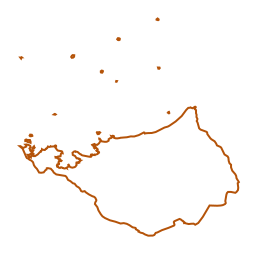 outline of Kota Padang, Sumatera Barat, Indonesia, rotated 88°
{"feature_id": "22746128B51925287869213", "entity_name": "Kota Padang", "entity_type": "district", "adm_level": 2, "iso_a3": "IDN", "parent_name": "Indonesia", "parent_adm1": "Sumatera Barat", "projection": "robinson", "projection_center": [100.373, -0.936], "detail": "fine", "context": "isolated", "style": "outline", "palette": "amber", "viewbox_px": 256, "rotation_deg": 88, "n_neighbors": 0, "source": "geoboundaries", "source_scale": "gbopen_adm2", "svg_char_len": 6024}
<svg xmlns="http://www.w3.org/2000/svg" viewBox="0 0 256 256"><g transform="rotate(88 128 128)"><path d="M185.9,19.1L182.0,21.3L179.6,21.6L177.9,22.4L174.3,25.3L170.9,26.4L168.3,26.3L166.8,27.8L164.4,28.5L161.3,28.7L159.9,29.4L157.8,32.5L150.8,35.6L150.0,36.6L148.5,39.7L146.5,40.5L144.3,41.9L142.2,45.0L141.2,46.0L136.9,48.9L135.1,49.1L134.4,50.0L132.1,55.6L130.8,56.9L125.0,58.3L123.4,59.1L122.3,58.5L121.3,58.3L119.4,59.2L117.2,59.0L115.7,59.5L112.7,59.4L112.2,59.6L111.5,60.6L110.7,60.5L109.8,59.6L109.4,59.6L109.1,60.0L109.2,60.7L110.1,61.8L110.5,63.0L109.6,64.9L109.9,65.2L110.0,67.1L112.0,69.2L117.9,73.9L123.1,80.1L127.1,86.4L128.0,88.2L128.8,91.5L133.0,100.5L133.8,104.4L133.8,109.3L134.1,111.4L133.2,111.7L133.0,112.3L135.5,117.5L136.7,122.1L136.5,125.6L137.2,129.4L137.5,135.9L137.7,136.4L138.0,139.1L137.9,140.6L137.4,142.2L137.0,142.6L136.5,142.2L135.5,142.5L135.2,143.5L135.7,144.4L135.5,145.0L136.7,144.5L137.0,144.6L137.5,145.3L137.6,146.3L138.5,147.7L140.0,147.8L140.7,149.0L141.0,149.9L141.0,151.6L140.4,154.9L139.9,155.8L142.4,157.6L143.8,159.4L143.4,161.4L142.8,162.1L143.6,164.4L144.1,164.1L145.2,162.6L145.1,162.2L145.3,162.4L145.6,162.1L145.7,162.3L146.2,161.9L146.7,162.6L147.3,162.0L146.3,160.7L147.8,159.7L147.8,159.3L148.5,159.0L149.3,159.3L149.6,160.3L149.8,160.2L149.6,159.2L150.2,159.1L150.5,160.0L150.3,159.1L150.7,159.0L150.7,158.4L151.4,158.3L151.4,157.8L151.6,157.8L153.0,159.5L153.5,161.6L153.8,161.9L153.6,162.2L153.9,162.3L153.8,163.7L153.3,164.1L153.1,164.7L153.3,165.9L153.9,166.1L154.6,165.3L155.4,165.9L155.5,166.8L155.1,168.8L153.8,174.4L153.4,175.4L152.9,175.7L152.1,177.2L150.2,179.2L149.8,180.6L150.0,181.2L149.4,181.6L149.6,182.7L150.8,184.3L153.0,184.1L154.1,181.9L156.5,180.4L156.4,179.4L156.8,178.3L157.3,178.5L156.9,178.2L157.2,177.5L157.4,177.7L157.5,177.3L158.0,176.9L158.8,177.1L158.9,176.5L159.7,177.8L160.1,177.5L160.6,177.9L160.8,179.2L161.2,178.7L161.3,179.0L160.5,179.9L160.7,180.7L162.3,180.9L163.1,180.6L164.8,181.9L165.3,182.9L165.7,185.0L165.1,187.0L163.9,188.2L163.4,188.1L162.6,188.6L162.8,189.0L164.0,188.8L164.3,188.5L165.6,190.9L165.9,190.8L165.7,191.1L166.2,192.3L166.2,193.3L165.8,193.8L165.7,194.9L165.2,195.3L164.9,196.3L165.5,197.1L165.4,198.3L164.8,198.8L164.5,199.6L164.2,199.5L164.0,200.2L162.8,200.4L162.0,199.9L162.3,199.4L161.7,198.2L160.9,198.1L160.3,198.7L158.8,198.3L158.5,198.0L158.8,196.0L158.4,195.6L157.8,196.4L156.7,197.1L156.6,198.4L155.0,200.7L155.1,201.4L154.4,201.5L154.6,200.3L154.1,199.1L154.3,198.3L154.2,197.7L153.9,197.7L153.8,196.4L151.6,196.0L151.0,195.6L150.8,195.3L151.0,194.2L149.3,194.6L148.9,195.1L148.1,198.9L147.2,199.8L144.8,201.4L143.9,201.0L143.9,200.5L143.2,200.5L142.9,201.0L143.1,201.7L143.8,202.6L143.9,205.5L143.5,206.0L144.1,206.6L144.2,207.4L143.7,208.7L145.2,209.4L145.3,209.9L146.0,210.3L145.9,210.9L147.0,211.7L147.1,212.2L146.7,214.0L146.2,214.7L147.0,214.8L147.9,215.4L147.9,215.9L148.8,216.0L149.0,216.9L151.3,219.2L152.9,222.0L152.6,223.1L152.8,223.7L152.4,224.3L152.4,225.2L152.8,225.9L154.1,226.1L153.8,226.6L154.0,227.3L153.9,227.4L153.8,227.2L153.5,227.7L153.0,227.8L152.5,228.6L152.2,228.2L151.4,228.8L151.5,228.0L151.0,227.4L150.6,225.9L150.2,225.9L149.6,225.1L147.7,223.8L147.7,224.6L147.1,225.5L147.7,226.0L147.3,226.4L147.0,226.1L145.0,227.2L143.8,226.0L142.4,226.4L141.3,228.3L141.3,229.4L140.9,230.0L141.0,231.2L142.0,230.3L143.0,230.3L144.1,233.1L144.0,233.9L142.4,236.1L142.4,236.9L145.0,234.0L153.7,230.6L154.6,230.0L154.9,229.1L156.3,227.5L157.2,225.7L158.9,224.1L161.9,223.3L163.7,222.2L165.7,220.4L169.4,218.4L169.7,216.3L169.4,213.8L167.2,211.9L166.7,210.9L165.4,210.6L165.3,209.6L166.0,206.6L168.5,204.5L169.9,203.8L171.9,201.3L173.7,192.4L174.3,191.6L175.3,190.9L177.7,189.8L179.2,187.3L181.3,185.0L181.8,183.3L184.4,181.4L185.7,179.3L186.9,178.2L189.4,177.0L190.0,175.7L189.6,173.5L190.9,172.3L193.0,169.4L195.0,165.9L195.4,164.6L196.5,163.2L198.7,162.2L199.5,162.2L201.2,163.3L202.8,163.7L206.0,161.4L209.3,160.4L213.2,158.2L215.4,156.6L217.2,154.1L219.6,149.3L221.2,143.9L223.2,138.8L222.9,135.6L223.7,132.6L225.2,129.9L227.4,126.9L228.1,124.0L228.9,123.6L229.5,123.7L231.1,120.9L231.9,121.2L233.1,118.9L233.6,116.9L235.0,114.7L236.3,111.6L236.4,107.0L235.8,105.4L233.8,104.0L233.4,102.3L231.3,97.7L229.2,91.0L227.1,85.4L226.4,84.9L223.6,85.5L222.8,84.9L220.7,79.7L221.2,78.5L224.0,75.3L226.0,75.2L223.9,75.2L225.3,73.7L226.1,70.7L225.9,67.9L225.9,65.7L227.0,64.2L225.4,61.1L219.4,56.3L208.3,49.2L208.8,41.5L208.7,38.1L208.4,36.0L207.4,33.7L206.4,32.9L204.4,33.3L198.1,32.0L196.5,31.4L195.4,30.3L195.5,27.3L196.5,23.0L195.8,21.9L193.9,20.3L191.6,19.9L187.0,20.3L185.9,19.1ZM139.4,225.9L138.5,225.8L136.6,226.4L136.4,229.2L135.9,230.2L136.4,231.1L137.5,231.1L137.5,230.1L138.7,228.4L138.6,227.6L139.4,225.9ZM55.0,182.3L55.9,181.7L55.7,180.3L54.9,179.4L53.4,179.2L53.2,180.7L53.8,181.6L55.0,182.3ZM131.8,156.6L131.5,156.1L131.1,156.5L131.3,158.7L131.1,159.1L131.3,159.3L132.7,158.8L133.1,158.4L133.0,157.3L132.3,156.6L131.8,156.6ZM38.4,133.1L37.9,134.0L37.9,135.0L38.9,135.7L39.7,135.0L39.9,134.0L39.5,133.2L38.4,133.1ZM132.2,226.6L132.8,226.1L132.9,225.3L132.6,223.9L132.1,223.9L131.4,224.4L131.2,226.0L132.2,226.6ZM70.3,153.2L71.4,153.2L71.7,152.9L71.8,151.8L70.7,151.1L70.0,151.2L69.7,152.3L70.3,153.2ZM144.8,222.4L144.3,222.0L143.9,222.4L143.0,222.6L143.5,223.2L144.2,223.3L145.0,224.3L145.6,224.2L145.5,223.1L144.9,223.0L144.8,222.4ZM20.8,95.7L21.3,94.2L21.1,93.7L20.5,93.6L19.6,94.6L20.4,95.7L20.8,95.7ZM68.6,95.9L69.8,95.6L69.9,94.8L69.2,94.2L68.7,94.4L68.7,94.7L68.6,95.9ZM114.1,87.6L114.8,86.6L114.5,86.2L113.3,86.5L113.4,87.0L114.1,87.6ZM151.9,224.7L151.0,223.4L150.7,223.2L150.2,223.7L151.1,224.6L151.8,224.9L151.9,224.7ZM111.9,201.6L112.2,200.3L111.9,199.8L111.4,200.5L111.4,200.9L111.9,201.6ZM138.4,157.0L138.6,156.0L137.7,156.6L137.6,157.1L138.4,157.0ZM81.3,138.3L81.4,137.8L80.7,137.4L80.6,138.1L81.3,138.3ZM54.9,232.4L54.7,232.3L53.8,232.5L53.8,233.2L54.9,232.4ZM53.0,232.5L53.7,232.0L53.7,231.7L53.0,232.5Z" fill="none" stroke="#b45309" stroke-width="2"/></g></svg>